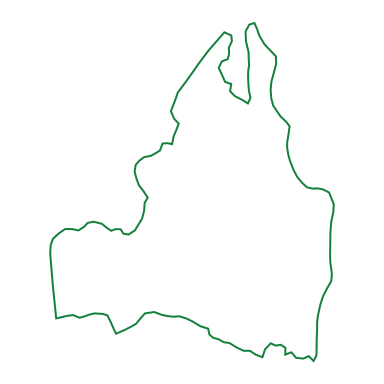 the district of João Pessoa, Paraíba, Brazil
{"feature_id": "56859067B31395932343468", "entity_name": "João Pessoa", "entity_type": "district", "adm_level": 2, "iso_a3": "BRA", "parent_name": "Brazil", "parent_adm1": "Paraíba", "projection": "natural_earth1", "projection_center": [-34.87, -7.147], "detail": "fine", "context": "isolated", "style": "outline", "palette": "green", "viewbox_px": 384, "rotation_deg": 0, "n_neighbors": 0, "source": "geoboundaries", "source_scale": "gbopen_adm2", "svg_char_len": 2141}
<svg xmlns="http://www.w3.org/2000/svg" viewBox="0 0 384 384"><path d="M101.9,223.8L93.6,221.7L87.7,222.9L84.2,226.7L78.6,230.4L72.1,229.1L65.1,229.0L58.2,233.9L52.9,238.9L50.7,245.0L50.2,253.6L52.9,286.1L56.2,318.4L62.0,317.1L67.4,315.8L73.2,315.1L79.6,317.8L84.7,316.3L89.3,314.6L94.4,313.4L102.6,313.9L107.4,315.4L111.0,322.6L113.7,328.9L116.1,333.7L125.9,329.4L130.8,326.8L136.1,323.8L139.6,319.5L144.9,313.4L154.2,312.0L161.7,314.8L167.5,316.1L173.4,316.7L179.3,316.3L186.2,318.4L192.6,321.5L200.4,326.2L208.2,328.7L209.4,334.5L213.1,337.8L218.7,339.3L223.7,342.2L229.4,343.0L236.9,347.6L243.6,350.8L249.9,350.8L255.7,354.6L262.4,357.2L265.1,349.3L270.7,343.3L275.6,345.6L280.9,344.8L285.4,347.8L285.3,354.6L291.4,352.3L296.1,357.8L303.4,358.6L308.7,356.1L313.6,361.0L316.4,355.5L316.6,348.5L316.7,338.9L317.1,330.2L317.1,322.8L317.8,316.3L320.1,305.6L321.6,300.6L323.4,295.4L327.2,288.2L331.2,281.3L331.9,274.6L331.1,267.8L330.3,262.3L330.1,254.5L330.3,243.5L330.4,232.8L331.2,222.1L333.3,212.2L333.8,204.3L329.1,192.5L322.8,189.3L317.4,188.4L312.4,188.6L306.9,187.3L301.9,182.6L297.2,176.9L293.4,169.6L289.9,160.6L288.3,154.7L287.1,147.5L287.2,142.0L288.6,133.8L289.6,126.3L286.4,122.0L280.6,116.5L276.2,110.1L273.3,105.8L271.4,99.0L270.6,90.1L271.4,81.7L274.4,70.6L276.2,63.7L275.9,56.4L270.7,50.8L264.6,44.5L259.4,35.8L256.9,28.6L254.4,23.0L249.2,24.7L245.6,31.5L245.9,40.8L247.1,46.3L248.6,52.1L248.7,58.5L249.1,65.2L248.2,71.3L248.1,76.7L248.4,83.7L248.9,90.6L250.4,98.0L247.9,103.4L241.9,99.7L235.0,96.2L230.1,91.3L231.2,84.0L225.1,81.9L221.9,74.7L218.7,67.7L221.9,61.4L227.8,59.1L229.1,53.9L228.9,47.7L231.9,41.0L231.3,35.5L224.4,32.3L208.7,50.3L198.6,63.7L194.6,69.5L185.9,81.7L177.7,92.7L175.8,98.5L170.9,111.2L174.2,118.8L178.7,123.7L176.4,129.8L173.7,136.2L172.1,144.1L167.6,143.2L162.6,143.5L159.9,150.6L155.4,153.3L150.7,155.9L144.1,157.1L139.2,160.8L135.7,164.9L134.6,171.7L136.7,179.3L138.9,185.2L143.7,191.5L147.7,197.6L144.7,202.8L144.1,210.8L142.1,218.6L137.9,225.5L134.9,230.4L128.7,234.5L123.4,233.7L120.7,229.3L115.4,229.1L111.2,230.8L106.4,227.5L101.9,223.8Z" fill="none" stroke="#15803d" stroke-width="2"/></svg>